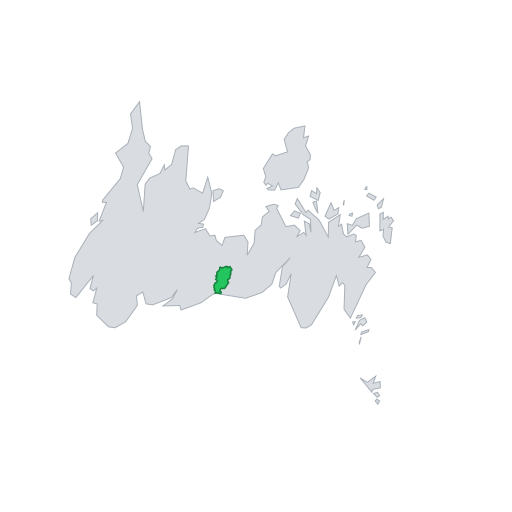 United Kingdom, with Durham highlighted, rotated 121°
{"feature_id": "GBR-2029", "entity_name": "Durham", "entity_type": "Unitary Single-Tier County", "adm_level": 1, "iso_a3": "GBR", "parent_name": "United Kingdom", "parent_adm1": "", "projection": "equal_earth", "projection_center": [-1.775, 54.677], "detail": "fine", "context": "in_parent", "style": "filled", "palette": "green", "viewbox_px": 512, "rotation_deg": 121, "n_neighbors": 0, "source": "natural_earth", "source_scale": "10m", "svg_char_len": 5049}
<svg xmlns="http://www.w3.org/2000/svg" viewBox="0 0 512 512"><g transform="rotate(121 256 256)"><path d="M275.9,375.5L251.5,388.0L243.9,387.2L234.8,380.8L225.1,381.6L229.2,378.4L220.9,375.5L206.3,379.6L200.1,376.8L196.4,370.6L227.9,354.8L232.7,347.2L230.0,344.9L229.6,334.1L213.3,338.0L225.0,326.2L239.1,320.5L251.3,319.1L257.6,322.1L255.8,317.5L258.6,316.3L262.6,320.6L267.3,320.4L258.6,313.4L262.6,305.8L259.3,301.9L263.3,297.9L264.3,290.5L256.0,292.2L244.5,277.2L248.1,270.1L259.9,264.0L245.8,264.2L234.6,269.9L226.5,267.6L219.2,270.6L211.0,267.7L208.4,273.0L202.4,267.3L201.4,262.9L204.6,262.8L215.4,245.5L209.7,238.9L211.6,231.2L218.2,230.9L211.2,227.2L212.5,223.6L201.1,232.6L201.0,226.7L207.3,221.1L196.6,228.2L196.3,236.5L191.3,249.3L185.5,250.2L193.1,235.4L189.9,235.1L192.7,220.5L202.5,203.8L189.8,211.2L177.1,205.1L188.0,200.6L184.6,199.0L192.0,192.5L192.9,188.2L186.8,183.5L186.7,180.6L192.7,178.0L188.5,174.1L192.3,167.2L204.3,167.2L197.7,161.1L199.8,155.7L208.6,154.9L206.5,151.0L208.6,145.2L224.0,146.9L260.6,143.1L256.3,153.1L235.5,164.7L234.2,168.1L238.9,169.2L231.4,177.0L253.9,172.7L286.4,173.0L291.9,175.9L294.2,180.4L274.8,207.8L252.9,216.8L264.4,215.7L270.7,218.3L270.1,220.4L251.4,227.9L239.8,225.7L259.8,230.5L272.0,227.9L284.3,232.1L297.6,243.2L309.3,272.5L324.7,279.3L341.0,292.5L337.7,295.8L346.7,310.0L336.0,305.6L325.2,306.1L335.4,307.2L351.2,319.5L353.6,325.6L345.1,334.5L351.7,337.9L359.4,332.3L379.2,333.8L390.1,339.8L392.7,345.9L388.8,362.1L378.9,367.4L380.1,371.8L365.5,375.9L369.6,377.4L369.5,381.6L356.4,385.3L384.4,389.0L384.1,395.4L374.2,400.3L371.9,404.6L350.6,410.5L322.5,410.4L304.5,405.7L306.9,408.4L287.1,411.8L289.1,415.4L287.0,416.2L259.6,412.2L248.1,415.2L240.1,429.4L225.5,423.8L210.3,427.5L198.9,436.7L183.7,435.3L205.7,418.7L214.7,410.0L216.5,402.8L223.0,401.0L226.2,395.2L255.9,394.6L275.9,375.5ZM177.3,294.8L159.9,294.5L160.1,290.9L150.5,282.6L141.4,292.0L133.7,291.6L126.9,289.2L119.3,281.0L130.2,276.2L126.1,272.7L136.1,270.3L141.2,261.5L145.6,259.3L148.8,260.8L153.2,256.3L166.1,254.3L175.5,255.1L186.4,268.6L181.8,274.6L189.9,273.9L192.9,279.4L192.4,281.4L187.4,277.7L187.6,283.5L190.3,283.8L188.9,287.2L182.8,288.5L177.3,294.8ZM177.2,151.7L173.6,157.3L167.4,160.4L170.7,162.7L156.2,171.4L153.0,169.4L159.1,165.8L153.9,163.3L155.9,161.7L153.2,160.3L155.0,156.2L162.9,157.3L161.8,153.7L176.3,147.3L177.2,151.7ZM177.6,179.4L177.7,185.6L190.1,188.4L181.3,194.4L180.2,189.2L172.5,189.2L161.1,181.4L172.1,174.1L177.6,179.4ZM305.0,81.5L310.4,87.4L313.1,86.5L306.8,104.0L307.0,95.5L297.3,91.5L304.8,90.0L299.7,85.0L305.0,81.5ZM186.3,217.4L171.7,219.1L176.7,212.6L171.9,210.0L177.8,207.5L186.9,212.6L186.3,217.4ZM223.9,316.7L231.2,320.5L222.1,326.5L217.2,322.1L216.9,317.7L223.9,316.7ZM176.3,231.2L177.1,240.3L171.2,242.0L171.5,236.2L166.2,239.0L168.5,233.7L176.3,231.2ZM260.8,128.4L260.3,131.3L268.4,132.9L257.7,134.1L252.8,130.9L255.6,127.0L260.8,128.4ZM203.7,247.3L197.5,246.2L196.6,240.0L201.7,239.2L203.7,247.3ZM314.5,413.1L309.3,416.8L300.4,414.0L307.5,410.1L314.5,413.1ZM180.5,235.0L177.8,232.4L187.5,224.9L185.4,228.7L180.5,235.0ZM149.5,173.6L152.5,175.4L149.9,178.4L141.2,176.2L149.5,173.6ZM147.6,192.1L144.0,191.6L143.6,183.4L147.5,183.7L147.6,192.1ZM313.4,84.4L310.2,81.7L312.0,78.1L314.7,79.2L313.4,84.4ZM269.3,125.6L267.0,126.4L260.9,121.3L262.9,120.6L269.3,125.6ZM257.7,138.0L254.7,138.4L251.7,134.4L254.9,134.5L257.7,138.0ZM320.3,75.3L319.0,79.2L316.5,78.8L316.6,75.4L320.3,75.3ZM277.2,123.0L271.1,124.2L277.8,122.1L277.2,123.0ZM173.4,197.0L171.6,197.3L169.4,195.2L172.4,194.2L173.4,197.0ZM264.8,136.9L262.7,139.2L261.1,137.1L264.8,136.9ZM166.3,208.1L162.5,209.2L167.6,206.8L166.3,208.1ZM142.9,197.0L140.5,197.4L139.5,196.7L141.9,195.2L142.9,197.0Z" fill="#d9dde1" stroke="#a8b0b8" stroke-width="1"/><path d="M306.3,266.8L307.5,269.9L308.1,271.0L308.9,271.8L307.6,272.2L307.3,272.8L306.7,273.2L306.5,274.4L305.2,274.7L305.0,275.1L304.8,275.5L304.3,275.8L304.3,276.0L304.1,276.1L303.3,276.7L302.4,277.0L301.3,277.0L300.6,277.0L299.9,277.0L299.3,276.4L298.4,276.2L297.7,276.2L297.2,276.3L297.0,276.8L296.9,277.4L296.9,278.0L296.9,278.4L296.1,278.4L295.8,278.6L295.1,278.4L294.6,278.5L294.6,279.0L294.3,279.4L294.0,280.1L293.0,279.3L292.7,279.3L292.3,279.7L292.3,280.1L290.1,281.0L289.4,281.0L288.0,280.4L286.9,280.1L285.5,280.5L284.4,281.1L283.9,280.9L284.1,280.4L283.9,279.9L283.7,278.5L282.9,278.4L282.5,277.7L280.4,276.4L280.1,275.9L279.8,275.1L280.4,274.7L280.5,274.3L280.5,274.1L280.2,273.8L278.8,273.2L278.5,272.9L279.2,271.7L279.9,269.8L280.7,269.5L282.4,269.9L282.6,269.8L283.0,269.2L283.4,269.0L283.8,269.1L284.1,268.7L284.6,268.5L284.7,268.2L286.0,268.2L288.4,267.0L290.4,267.7L290.6,268.0L290.8,268.1L291.9,267.6L292.4,266.7L293.1,266.0L293.1,265.7L294.6,265.9L296.4,266.0L297.8,266.0L299.3,266.1L299.8,266.3L300.3,266.5L300.4,266.8L300.5,267.3L300.9,267.8L301.3,268.1L301.4,268.6L301.5,269.1L302.6,269.3L303.5,269.3L304.3,269.2L304.6,268.8L304.6,268.0L304.8,267.4L304.9,267.2L305.5,267.0L306.0,266.9L306.3,266.8Z" fill="#22c55e" stroke="#15803d" stroke-width="1.5"/></g></svg>